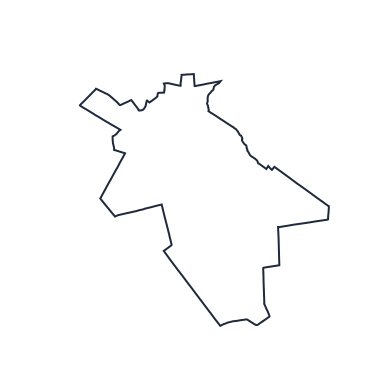 Mereni, Teleorman, Romania, rotated 292°
{"feature_id": "2599482B71654647483987", "entity_name": "Mereni", "entity_type": "district", "adm_level": 2, "iso_a3": "ROU", "parent_name": "Romania", "parent_adm1": "Teleorman", "projection": "orthographic", "projection_center": [25.652, 44.232], "detail": "fine", "context": "isolated", "style": "outline", "palette": "slate", "viewbox_px": 384, "rotation_deg": 292, "n_neighbors": 0, "source": "geoboundaries", "source_scale": "gbopen_adm2", "svg_char_len": 5891}
<svg xmlns="http://www.w3.org/2000/svg" viewBox="0 0 384 384"><g transform="rotate(292 192 192)"><path d="M217.3,328.1L217.6,328.4L220.9,327.2L224.7,326.1L230.0,324.3L230.3,322.9L233.4,310.1L235.5,301.9L236.7,296.9L237.0,296.1L237.2,294.9L239.4,285.6L241.4,278.0L243.6,269.4L246.2,259.0L244.4,258.4L243.3,258.1L242.6,257.9L242.4,257.8L242.4,257.7L243.6,255.0L244.7,253.0L241.2,252.3L243.4,243.5L243.4,243.3L243.4,243.0L243.4,242.7L243.5,242.4L244.3,241.8L245.5,240.7L245.8,239.9L246.2,238.7L246.5,238.0L246.8,236.1L247.1,235.4L247.2,235.0L247.2,233.8L247.7,232.6L248.0,231.9L248.1,231.7L249.0,230.7L250.1,229.4L250.9,227.9L251.3,227.9L251.8,227.6L252.1,227.4L252.5,226.9L253.5,226.0L253.9,226.0L254.3,225.7L255.3,225.0L255.8,224.1L255.8,223.9L255.8,223.2L255.9,222.9L256.4,222.1L257.0,221.1L258.2,219.4L258.5,219.1L258.9,218.8L259.3,218.7L259.6,218.8L259.8,218.8L260.2,218.8L260.4,218.5L261.0,218.3L261.1,218.2L261.6,217.4L261.9,217.2L262.3,216.8L262.6,216.3L262.7,216.1L262.7,215.8L262.7,215.3L262.8,215.1L263.0,214.6L263.7,213.9L264.3,213.0L264.6,212.6L265.0,212.3L265.5,211.5L265.9,210.6L266.4,209.9L266.7,209.2L266.8,208.9L266.9,208.5L267.0,207.5L267.0,207.3L267.1,207.1L267.5,206.6L267.5,206.1L267.8,204.3L267.9,203.8L267.9,203.7L268.1,202.7L268.3,201.6L268.6,200.0L268.8,198.9L269.0,198.0L269.8,194.2L270.1,192.6L270.2,191.9L270.4,190.8L270.7,189.6L270.8,189.1L271.6,185.3L271.7,184.4L272.1,182.6L272.5,180.0L273.1,177.2L273.2,176.9L274.4,176.8L274.6,176.7L275.6,175.9L276.1,175.7L276.6,175.4L276.8,175.2L277.4,174.8L278.2,174.3L278.7,173.6L279.2,173.2L279.5,172.9L279.8,172.8L280.0,172.7L280.5,172.6L281.4,172.7L281.9,172.6L282.2,172.5L283.1,172.0L286.4,170.9L286.7,170.9L288.2,170.9L289.0,171.1L291.5,172.1L291.8,172.2L292.4,172.3L293.4,172.7L294.0,173.1L294.6,173.4L294.8,173.5L295.0,173.5L295.5,173.3L296.1,173.2L296.8,173.2L297.9,173.0L298.1,173.1L299.6,173.5L299.9,173.7L300.9,174.6L302.1,175.5L302.6,176.0L303.2,176.3L303.4,176.4L304.4,176.6L305.2,176.9L305.5,177.0L300.2,168.8L298.2,165.6L296.2,162.7L292.5,156.9L291.9,156.1L291.2,154.8L291.8,154.4L292.5,154.1L293.8,153.5L296.0,152.3L296.6,152.1L297.9,151.5L298.6,151.0L300.2,150.4L302.0,149.5L301.2,147.8L300.1,145.6L299.4,143.9L297.7,140.6L297.6,140.3L296.7,138.5L296.4,138.7L295.3,138.9L293.6,139.4L291.7,139.9L290.8,140.2L289.3,140.5L287.7,141.0L287.1,141.3L286.4,141.6L286.2,141.6L286.2,141.4L285.9,140.2L285.8,139.9L285.4,137.8L285.2,136.4L285.1,136.0L284.8,134.3L284.4,131.5L284.3,131.2L284.1,129.8L284.0,129.5L283.9,129.0L283.8,128.7L283.3,127.7L283.0,127.0L282.9,126.7L282.4,126.0L282.0,125.3L281.1,126.2L280.7,126.6L279.9,127.1L277.9,127.7L276.8,128.1L276.1,128.4L276.0,128.2L273.7,128.9L271.5,124.0L271.3,123.8L271.2,123.6L270.7,123.4L270.2,123.4L269.0,123.7L268.1,124.0L267.9,124.1L267.4,124.0L267.2,123.9L266.5,123.5L265.4,123.0L263.3,121.7L262.6,121.2L261.6,120.7L260.1,119.7L259.1,119.0L259.3,118.5L259.5,117.6L259.7,116.8L260.0,116.0L259.9,115.9L259.7,115.9L258.8,116.0L258.2,116.2L257.4,116.2L254.9,116.7L254.4,116.7L253.5,116.7L251.1,116.3L250.7,116.1L250.2,115.9L249.9,115.7L249.4,115.2L249.0,114.8L248.7,114.5L248.6,114.3L248.2,113.5L248.0,112.9L247.7,112.2L247.8,111.9L248.0,111.8L248.3,111.7L248.5,111.5L248.9,110.6L249.4,109.9L252.4,104.8L253.3,103.4L254.5,101.2L253.2,100.0L252.2,99.2L250.2,97.2L246.9,94.1L246.0,93.3L245.8,93.1L245.7,92.8L245.6,92.5L245.6,92.3L247.1,89.2L247.3,88.8L247.6,87.7L248.1,86.5L248.3,85.7L248.5,85.1L248.8,84.4L249.1,83.6L249.6,82.1L249.9,81.1L250.3,80.1L250.7,78.7L250.8,78.3L250.9,77.2L251.1,76.1L251.0,74.3L251.2,73.7L251.2,72.7L251.3,72.0L251.5,68.5L251.5,67.9L251.7,66.7L251.8,64.3L251.2,64.2L250.8,64.1L246.3,62.2L235.2,57.6L231.1,55.8L230.5,55.6L230.4,55.6L230.2,55.8L230.1,56.0L229.7,58.4L229.5,59.4L229.1,61.9L229.1,62.5L228.9,63.5L228.4,66.7L228.2,67.4L228.2,68.0L228.1,68.5L227.9,69.1L227.9,69.4L227.7,70.6L227.6,71.3L227.3,72.7L227.0,74.5L226.7,77.1L226.5,77.9L226.4,78.8L226.2,79.7L226.1,80.7L225.9,81.4L225.4,84.6L225.0,87.3L225.0,88.0L224.7,89.4L224.5,90.5L224.3,92.0L224.2,92.4L224.1,93.7L223.7,96.6L223.0,101.3L222.8,102.4L221.4,101.5L220.5,101.1L219.0,100.7L217.9,100.4L217.1,100.0L215.5,99.0L214.4,98.1L213.9,97.6L212.4,98.1L210.7,98.9L209.7,99.4L208.1,100.2L207.6,100.5L203.9,103.1L202.8,103.6L201.8,104.1L201.9,104.3L202.0,105.5L202.4,110.4L202.6,112.7L202.8,115.4L200.5,115.2L194.0,114.4L189.5,113.9L188.7,113.9L187.4,113.7L186.3,113.7L185.3,113.4L178.1,112.5L175.3,112.2L174.0,112.1L173.9,112.0L173.6,112.0L168.4,111.3L151.6,109.4L148.0,115.8L140.4,129.8L142.7,132.0L146.1,136.8L153.5,147.6L155.6,150.2L157.1,152.5L157.6,153.2L158.5,154.2L158.8,154.4L161.8,158.7L166.0,164.3L169.0,168.6L158.1,176.4L154.2,179.3L147.3,184.4L144.9,186.1L144.7,186.3L143.4,187.2L141.6,188.4L138.8,190.5L135.4,192.9L134.6,192.7L126.8,187.9L119.9,199.0L116.2,205.2L114.3,208.3L114.1,208.5L113.7,209.4L111.7,212.7L111.3,213.5L107.6,219.6L105.9,222.4L102.2,228.7L101.5,229.8L100.5,231.6L100.0,232.3L99.7,232.7L99.4,233.3L98.6,234.6L98.2,235.3L96.0,238.9L94.4,241.7L93.8,242.6L88.2,252.0L87.8,252.5L86.8,254.4L85.9,255.8L84.7,257.8L82.2,261.9L81.4,263.4L80.1,265.6L79.6,266.6L78.6,268.0L78.5,268.3L79.5,269.2L80.3,269.9L81.0,270.5L82.4,272.1L84.1,273.8L86.9,277.6L87.3,278.1L88.2,279.8L88.8,281.0L91.1,284.7L91.6,285.5L92.7,287.5L93.6,289.0L94.4,290.5L94.4,291.1L94.3,291.6L92.9,299.1L92.7,300.6L92.7,300.8L92.7,301.2L92.9,301.9L93.2,302.3L93.5,302.7L99.0,306.2L98.9,306.3L102.1,308.3L105.6,310.5L106.1,310.2L107.3,309.2L109.7,306.8L112.3,304.0L114.1,302.2L114.8,301.4L115.1,301.0L115.4,300.8L115.5,300.9L121.0,298.5L136.2,291.7L141.2,289.6L148.1,286.5L148.3,286.5L148.5,286.6L150.9,290.5L156.8,300.4L171.0,294.2L177.9,291.2L182.0,289.4L187.0,287.1L188.9,286.2L190.4,285.6L191.8,284.9L192.2,286.1L194.7,290.2L197.2,294.4L199.5,298.0L203.0,304.1L204.7,307.0L206.8,310.6L208.7,313.8L211.4,318.2L216.8,327.5L217.3,328.1Z" fill="none" stroke="#1e293b" stroke-width="2"/></g></svg>